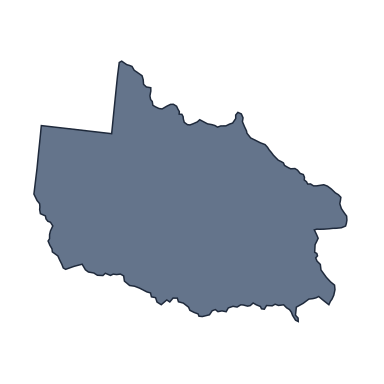 Novo Horizonte do Oeste, Rondônia, Brazil (Albers equal-area conic projection), rotated 276°
{"feature_id": "56859067B86111440649548", "entity_name": "Novo Horizonte do Oeste", "entity_type": "district", "adm_level": 2, "iso_a3": "BRA", "parent_name": "Brazil", "parent_adm1": "Rondônia", "projection": "albers", "projection_center": [-62.087, -11.689], "detail": "fine", "context": "isolated", "style": "filled", "palette": "slate", "viewbox_px": 384, "rotation_deg": 276, "n_neighbors": 0, "source": "geoboundaries", "source_scale": "gbopen_adm2", "svg_char_len": 2822}
<svg xmlns="http://www.w3.org/2000/svg" viewBox="0 0 384 384"><g transform="rotate(276 192 192)"><path d="M202.3,340.6L204.6,337.9L206.2,334.5L209.5,330.3L212.0,326.1L213.0,322.3L211.1,315.2L210.8,312.2L212.4,309.1L212.0,306.2L214.2,304.8L215.7,302.4L218.4,302.3L221.0,300.9L221.8,297.6L224.8,294.6L226.1,291.9L225.4,287.7L226.5,284.7L228.1,281.2L230.5,279.9L231.5,277.7L232.7,274.4L235.6,270.9L237.1,269.1L239.8,266.6L242.1,264.2L244.3,262.5L246.8,259.7L248.1,254.8L251.9,244.7L256.2,240.5L258.5,239.8L262.4,237.4L267.2,234.8L271.1,235.0L274.8,232.9L276.0,229.3L273.1,227.4L269.6,227.8L264.8,225.2L263.5,222.3L261.3,218.8L260.7,213.7L259.2,210.6L260.5,207.9L261.1,204.7L261.4,200.3L264.7,192.1L262.3,190.0L260.1,186.2L258.5,183.0L258.5,180.4L260.5,177.0L263.6,175.8L266.0,175.3L268.2,173.8L268.1,171.1L270.7,171.0L272.8,169.4L275.7,167.7L277.3,164.3L276.9,161.5L274.8,158.1L271.5,153.6L271.6,150.4L272.9,146.7L274.2,144.0L277.9,143.0L279.6,141.2L283.2,140.1L288.1,140.5L291.4,140.1L291.7,135.6L294.0,132.6L298.7,131.7L302.4,130.2L305.0,125.5L307.0,121.8L310.6,119.2L311.4,116.4L311.8,113.9L313.4,110.9L314.8,108.4L313.2,106.1L299.7,105.8L289.4,105.8L258.4,105.9L241.6,106.0L242.3,35.2L229.3,35.3L214.1,35.3L199.2,35.4L173.4,35.0L167.3,38.8L164.4,41.7L161.1,42.3L158.7,42.3L154.6,43.5L152.9,48.7L150.0,49.6L147.8,51.7L147.1,54.4L143.7,57.1L138.5,55.3L134.8,54.8L130.6,55.2L128.2,54.0L124.2,56.2L120.8,58.7L117.8,59.4L114.4,65.3L110.7,67.4L106.5,70.1L103.0,71.9L101.9,74.4L105.7,82.4L107.2,86.3L108.7,90.3L103.5,94.1L101.6,97.3L101.2,102.8L99.3,106.6L99.6,112.1L102.1,114.3L100.5,119.7L102.1,122.2L102.0,125.7L102.9,129.4L101.4,132.8L96.3,134.1L92.5,139.7L92.3,144.7L90.9,149.9L87.9,157.6L87.3,161.3L83.5,162.6L83.1,166.8L78.9,168.7L76.7,173.2L82.0,178.2L80.3,181.4L84.5,184.2L84.9,188.5L81.4,190.0L80.6,195.0L77.1,200.6L74.1,202.3L72.4,206.8L71.4,210.8L69.2,211.9L69.2,215.3L71.7,222.2L76.0,224.5L77.5,227.5L75.7,230.3L76.9,234.2L76.5,238.5L80.5,240.2L82.6,244.7L82.3,248.9L84.9,252.3L85.0,254.7L84.3,259.2L85.1,261.8L88.0,264.4L86.5,267.8L85.3,272.0L83.1,273.3L83.0,276.2L86.9,278.0L87.2,283.7L89.1,286.4L88.2,289.9L89.4,294.9L86.7,298.2L85.2,301.3L82.8,303.4L79.8,304.9L75.3,308.4L74.3,311.2L77.7,310.7L80.3,307.8L84.7,307.8L88.4,307.8L92.9,314.2L97.7,319.4L98.6,323.4L99.7,326.4L101.3,328.9L98.3,333.4L96.4,336.4L94.2,339.9L97.8,341.1L100.0,342.4L104.2,343.8L109.8,344.4L114.3,343.5L117.1,339.2L121.2,334.5L128.0,328.4L133.4,327.2L136.3,323.6L139.4,321.9L141.6,323.5L143.9,322.6L144.9,320.3L148.9,320.1L152.5,319.9L155.9,321.2L159.2,322.3L163.1,320.1L167.1,317.6L168.1,320.0L168.3,323.0L168.9,327.5L169.8,332.4L170.6,336.0L171.0,339.2L172.1,344.4L174.2,348.3L176.9,348.8L180.2,349.0L184.2,348.3L187.5,345.3L191.1,342.3L195.8,340.2L199.0,340.5L202.3,340.6Z" fill="#64748b" stroke="#1e293b" stroke-width="1.5"/></g></svg>